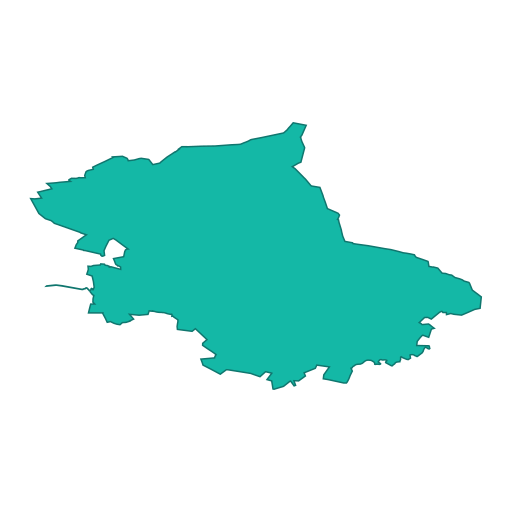 Bārbeles pag., Vecumnieku, Latvia (Natural Earth projection)
{"feature_id": "27541924B85355894177971", "entity_name": "Bārbeles pag.", "entity_type": "district", "adm_level": 2, "iso_a3": "LVA", "parent_name": "Latvia", "parent_adm1": "Vecumnieku", "projection": "natural_earth1", "projection_center": [24.603, 56.465], "detail": "fine", "context": "isolated", "style": "filled", "palette": "teal", "viewbox_px": 512, "rotation_deg": 0, "n_neighbors": 0, "source": "geoboundaries", "source_scale": "gbopen_adm2", "svg_char_len": 5893}
<svg xmlns="http://www.w3.org/2000/svg" viewBox="0 0 512 512"><path d="M374.8,364.3L375.4,364.4L376.7,364.2L377.5,364.2L379.5,364.4L380.2,364.2L380.5,364.0L380.6,363.9L380.6,363.7L380.3,363.4L378.8,362.5L378.4,362.2L378.2,362.0L378.2,361.8L378.3,361.6L379.0,360.9L379.4,360.2L379.9,359.8L380.6,359.6L381.3,359.6L382.0,359.9L382.4,360.0L383.0,360.0L384.6,359.8L385.7,360.0L386.8,360.3L386.9,360.5L386.7,361.0L385.7,362.0L385.6,362.3L385.8,362.7L391.5,365.8L392.1,365.8L392.5,365.7L393.0,365.0L393.1,364.9L394.6,363.9L395.0,363.4L395.3,362.8L396.6,362.1L398.0,361.9L399.9,361.7L399.9,361.1L400.6,359.6L400.6,357.2L401.2,356.7L402.5,357.6L406.6,359.3L408.2,359.6L410.5,358.1L410.0,355.1L410.2,354.8L412.3,354.6L413.6,354.8L415.0,355.7L415.3,355.8L415.8,355.9L416.5,356.4L417.3,356.5L422.2,352.8L423.2,351.2L423.4,350.4L423.8,349.4L424.2,348.6L424.5,348.1L425.1,347.5L425.6,347.3L425.9,347.4L426.4,347.6L427.9,348.6L429.1,349.0L429.3,348.9L429.8,348.5L429.6,348.0L429.5,347.0L429.4,346.7L429.1,345.9L428.9,345.8L416.7,345.5L417.2,341.4L419.8,338.1L421.8,335.8L422.1,335.7L422.8,335.2L428.7,337.3L431.4,329.1L434.2,328.3L432.2,326.8L429.8,324.8L428.5,324.0L422.1,324.6L420.9,323.5L419.2,322.6L424.6,317.5L427.8,317.4L431.3,319.1L439.3,312.5L440.4,311.8L441.7,311.4L442.2,311.5L442.9,312.5L446.4,312.5L446.5,314.6L450.7,313.5L454.0,314.3L461.6,315.1L467.7,312.5L474.7,309.4L480.1,308.3L481.3,296.9L472.3,290.1L469.5,283.2L468.8,282.4L464.2,281.1L462.2,279.8L459.6,278.8L454.9,277.5L451.7,275.1L449.0,274.7L445.7,273.5L442.2,273.2L441.7,272.7L437.8,268.1L433.4,267.0L433.0,267.2L432.8,267.1L428.9,266.4L428.2,261.9L427.9,261.4L422.9,259.6L416.4,257.4L415.7,256.8L414.4,255.0L414.4,254.8L410.8,254.0L406.3,253.2L403.2,252.8L399.0,251.6L390.9,249.6L385.0,248.7L368.1,245.7L357.7,244.3L353.0,243.6L352.6,242.8L344.9,241.4L342.7,236.1L341.6,231.6L341.3,229.9L339.0,222.4L338.5,219.8L337.5,219.4L338.4,217.9L338.7,217.2L339.5,215.1L338.1,213.3L327.4,208.6L325.3,202.3L323.4,197.2L323.0,195.6L319.9,187.4L311.5,186.0L310.8,185.5L305.6,179.3L304.2,177.9L303.9,177.7L303.2,176.9L295.1,168.7L292.3,166.7L298.3,163.2L300.9,162.2L304.6,148.0L304.6,147.5L301.8,141.4L300.9,138.5L300.8,137.5L300.4,137.1L301.9,135.1L306.2,125.3L293.2,122.8L290.3,126.2L288.6,128.0L287.1,129.9L283.9,132.7L283.4,133.0L261.5,137.6L251.6,139.5L250.6,139.8L248.5,141.0L245.4,142.3L244.2,142.7L240.9,144.1L240.0,144.3L237.6,144.5L231.3,144.8L215.1,146.0L201.8,146.2L186.6,146.8L186.6,146.7L181.8,146.7L178.7,149.0L179.1,149.2L175.4,152.0L175.1,151.8L170.4,154.9L167.0,157.1L160.9,162.0L159.8,163.1L152.8,164.6L148.9,159.6L148.5,159.4L141.2,158.3L139.2,158.6L134.3,160.0L128.5,160.7L128.2,160.7L127.8,159.4L127.0,158.3L126.8,158.2L122.5,156.3L112.7,156.9L113.2,157.4L104.8,161.5L97.4,164.9L92.7,167.2L93.3,169.3L88.5,170.4L87.0,171.0L86.0,171.8L84.7,175.5L85.3,177.7L80.8,177.8L79.0,177.6L77.3,178.2L76.0,178.4L71.5,178.3L69.5,179.4L68.9,179.8L68.9,180.2L70.5,181.4L59.7,182.3L55.8,182.8L46.9,183.5L50.3,186.5L51.8,188.8L37.7,192.2L41.6,198.1L34.8,198.9L30.7,198.6L38.9,213.5L45.4,218.7L51.1,220.6L52.7,221.8L54.3,223.3L80.2,232.4L80.5,232.8L86.4,234.8L77.8,240.9L77.8,242.5L76.3,244.6L74.9,248.2L83.2,250.0L83.5,250.4L85.4,250.6L100.6,254.1L100.8,255.2L101.8,256.1L102.7,256.2L104.6,255.4L104.0,250.7L105.9,246.3L109.0,240.2L113.2,238.4L115.8,239.9L123.7,245.8L128.1,249.0L126.9,249.2L125.5,249.9L124.7,251.7L123.7,256.7L113.5,258.6L114.5,261.0L115.6,264.0L115.8,264.2L116.1,264.6L117.3,265.3L117.6,265.7L117.9,266.0L118.5,265.8L120.6,267.0L120.7,269.4L111.1,266.8L109.8,267.2L109.6,267.1L110.3,266.8L107.3,265.5L106.1,265.4L105.1,265.2L104.5,264.2L100.7,263.9L100.2,265.0L93.5,265.5L91.0,266.4L88.0,266.2L88.3,269.2L88.1,270.2L86.8,274.2L92.1,276.0L93.4,281.5L94.2,287.5L93.9,287.8L93.6,288.6L93.3,288.7L93.1,289.0L93.3,289.5L93.2,289.7L92.9,289.8L92.7,289.6L92.2,288.8L92.0,288.6L91.6,288.4L91.0,288.9L90.9,289.8L90.7,290.0L90.2,290.3L89.8,290.4L89.3,290.3L87.0,288.0L86.3,287.8L85.7,288.0L85.4,288.3L84.9,288.6L83.5,288.9L83.2,289.0L82.8,289.3L81.8,289.3L62.0,285.7L56.3,285.0L55.4,285.0L46.7,285.9L46.5,286.0L46.3,286.2L56.3,285.2L62.0,286.0L81.8,289.5L82.9,289.5L83.4,289.1L85.0,288.8L85.3,288.7L85.6,288.4L85.8,288.1L86.0,288.0L86.3,288.0L86.8,288.1L89.0,290.2L89.1,290.5L89.8,290.5L90.1,291.7L92.5,294.7L93.8,295.4L93.0,299.0L93.0,300.3L92.9,302.1L94.7,304.0L90.7,304.1L89.6,308.3L88.5,312.9L102.7,312.9L102.6,313.1L105.5,318.6L107.2,322.3L110.5,321.6L112.7,322.7L114.0,323.3L116.9,324.2L120.0,324.7L122.2,322.8L122.4,322.6L125.9,322.4L129.5,321.3L130.0,321.1L129.8,320.9L133.6,319.1L129.5,314.3L139.1,315.2L148.0,314.4L149.2,310.8L150.8,311.1L153.3,311.3L153.2,311.1L156.6,312.0L158.7,312.3L160.2,312.4L161.5,312.4L162.8,312.6L163.7,312.6L165.2,312.9L167.1,313.6L169.3,314.1L170.9,314.3L171.7,314.2L172.0,314.9L172.0,316.0L171.2,316.5L172.8,316.1L174.0,317.2L177.9,319.8L177.9,321.7L177.5,323.7L177.1,326.5L177.4,329.4L192.1,331.3L195.4,328.7L207.0,339.6L202.7,343.3L202.6,345.3L207.5,348.7L211.8,351.5L215.9,354.4L215.6,354.6L215.5,355.1L215.7,355.6L215.1,356.2L215.1,356.5L214.8,356.9L214.7,357.3L214.6,357.9L200.9,359.1L202.4,363.1L203.0,365.1L210.6,369.0L220.3,374.2L226.4,369.7L228.1,369.8L250.7,373.4L253.7,374.5L260.0,376.7L265.6,371.7L270.2,372.8L270.4,372.7L271.8,373.2L267.0,379.6L271.7,380.9L273.0,389.0L274.1,389.2L283.6,386.3L289.8,381.4L290.6,381.1L294.1,385.9L295.6,385.3L293.9,380.7L298.6,380.9L305.4,376.0L304.1,372.8L315.3,368.3L316.8,365.1L329.4,366.9L323.8,374.8L323.3,378.8L328.2,379.6L343.8,383.0L346.4,383.0L347.2,382.0L348.7,379.2L349.8,376.5L349.8,376.2L352.3,371.1L351.0,368.2L352.1,367.8L352.6,366.9L353.1,366.4L353.8,366.1L355.5,364.8L356.7,364.4L358.3,364.2L360.3,364.1L362.1,363.4L363.2,362.6L364.2,361.7L365.6,360.7L366.7,360.3L368.0,360.1L370.5,360.3L371.2,360.4L372.8,361.3L373.6,361.8L374.5,362.6L374.6,363.1L374.7,364.2L374.8,364.3Z" fill="#14b8a6" stroke="#0f766e" stroke-width="1.5"/></svg>